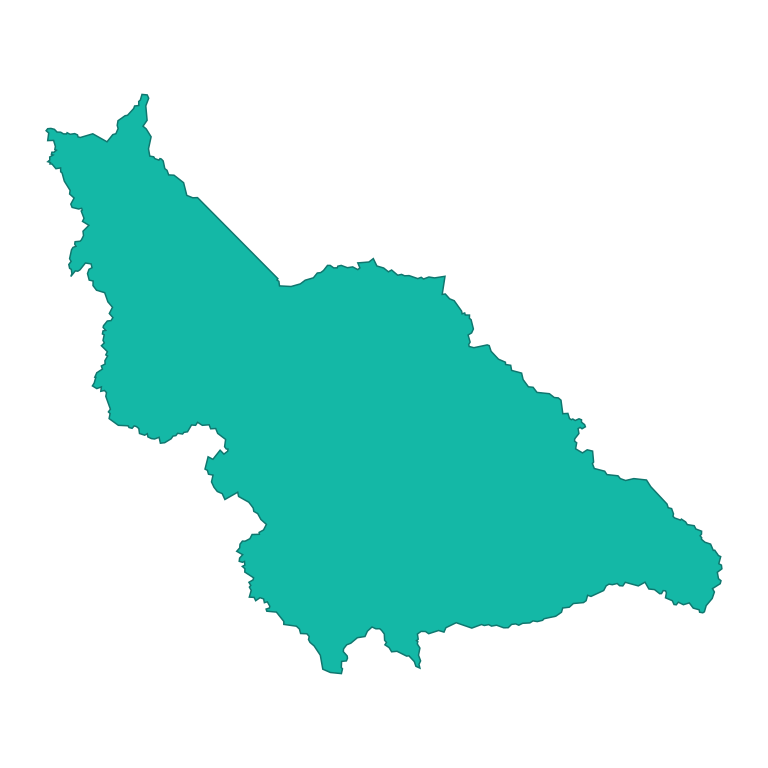 Santa Rosa De Osos, Antioquia, Colombia
{"feature_id": "7082276B84745263365816", "entity_name": "Santa Rosa De Osos", "entity_type": "district", "adm_level": 2, "iso_a3": "COL", "parent_name": "Colombia", "parent_adm1": "Antioquia", "projection": "mercator", "projection_center": [-75.464, 6.704], "detail": "fine", "context": "isolated", "style": "filled", "palette": "teal", "viewbox_px": 768, "rotation_deg": 0, "n_neighbors": 0, "source": "geoboundaries", "source_scale": "gbopen_adm2", "svg_char_len": 6046}
<svg xmlns="http://www.w3.org/2000/svg" viewBox="0 0 768 768"><path d="M147.2,94.9L142.0,94.4L140.3,100.1L138.7,101.5L138.8,105.5L134.6,106.0L133.7,108.5L127.5,115.3L125.1,115.7L118.0,120.7L117.2,125.4L118.1,128.5L115.9,133.7L112.8,134.6L107.0,141.8L92.8,133.8L80.3,137.5L78.0,136.9L77.5,134.9L74.7,133.6L70.1,134.3L67.1,132.7L66.5,133.9L63.5,133.9L60.7,132.2L57.1,132.1L54.4,129.3L50.9,128.4L47.7,128.7L46.1,130.7L48.7,133.0L47.7,140.6L53.6,140.4L55.4,146.5L54.8,149.6L56.4,150.2L54.1,152.2L51.9,152.2L51.4,154.4L53.1,155.0L49.7,157.0L49.8,160.0L47.8,161.7L50.5,162.5L49.9,163.9L52.1,164.1L55.9,168.7L60.6,167.9L60.7,171.8L62.1,173.0L64.3,181.1L70.1,190.4L69.6,194.0L74.1,198.0L70.8,204.1L72.1,207.4L78.6,209.0L81.6,208.3L82.3,210.1L81.2,211.0L84.0,218.3L82.5,221.4L88.9,225.3L83.0,231.2L83.5,235.7L81.4,239.9L80.1,241.2L75.1,241.7L74.7,244.1L76.0,246.3L73.0,247.4L71.5,249.8L69.6,258.7L71.1,261.4L68.8,264.5L69.6,268.3L71.3,269.4L71.9,273.7L70.8,276.5L75.3,270.9L77.8,271.2L80.0,269.8L85.4,263.0L91.1,263.9L92.0,267.7L89.0,269.3L87.5,273.6L89.2,280.1L93.1,281.0L93.0,285.6L96.5,290.2L104.7,292.7L107.9,301.9L112.5,307.3L109.3,313.5L112.9,317.6L111.0,320.6L107.3,321.0L103.5,325.7L103.1,327.4L105.7,330.4L103.0,330.9L102.4,333.9L104.2,334.9L103.0,340.4L104.3,342.9L101.4,345.7L107.4,351.7L105.8,354.9L107.6,356.0L104.9,360.7L105.1,364.0L101.3,366.0L102.4,369.1L96.8,372.7L94.8,377.2L95.8,377.3L94.2,383.0L92.4,385.9L96.8,388.6L101.4,386.9L100.8,391.3L104.5,390.5L106.5,392.6L105.8,396.4L110.4,409.2L108.4,411.9L110.1,413.5L109.1,418.6L118.3,425.3L128.1,425.8L129.0,427.5L132.1,428.3L134.2,425.9L136.5,426.6L138.8,428.5L139.5,433.5L144.7,435.2L147.3,433.7L147.9,436.9L151.4,438.6L154.6,439.0L159.1,437.3L160.4,443.2L164.7,442.7L171.1,438.8L173.0,436.1L175.9,435.6L177.6,433.3L182.6,434.0L183.9,432.4L187.5,431.8L191.5,425.0L195.6,425.3L197.6,422.3L202.3,425.3L209.1,424.8L210.7,428.8L215.7,428.5L217.7,433.4L225.6,439.4L224.6,446.7L226.3,449.0L228.0,449.1L227.7,451.2L223.9,454.1L220.1,450.2L212.9,459.3L208.1,456.8L205.0,469.1L207.4,470.3L208.5,474.2L213.0,475.1L211.5,481.9L214.0,487.3L217.3,491.5L222.2,493.6L224.9,499.5L237.7,492.2L238.6,496.5L248.8,502.2L253.2,508.0L253.8,511.4L257.7,513.6L260.9,519.5L266.4,524.4L263.5,530.0L259.1,532.4L259.4,534.3L252.1,534.5L249.9,538.7L245.1,541.2L242.4,541.1L240.0,544.2L239.7,547.9L236.7,551.3L242.7,554.7L239.6,558.1L239.2,561.3L242.5,562.3L244.5,561.4L244.8,565.1L242.3,566.4L244.9,568.7L244.8,572.1L253.6,577.8L253.0,579.9L248.9,582.3L250.8,585.4L249.4,587.1L251.2,590.4L249.3,597.1L254.1,597.4L255.7,600.7L260.0,597.7L263.6,598.9L264.4,602.7L267.3,601.8L269.8,606.2L269.4,608.0L266.1,609.1L266.8,611.2L276.4,612.1L283.8,621.4L283.8,624.4L296.4,626.2L299.4,629.0L300.6,633.5L306.9,633.8L309.2,636.5L308.5,639.5L310.0,642.4L314.1,645.9L320.3,655.2L322.8,669.2L330.4,672.5L341.4,673.6L342.5,668.8L341.3,667.5L341.6,661.4L346.4,660.9L347.5,658.2L347.2,656.0L343.3,651.6L343.6,648.8L346.7,644.8L350.8,643.2L357.4,637.7L365.0,636.5L367.4,631.2L372.0,627.0L375.9,628.8L379.7,628.7L381.6,630.4L384.3,634.0L384.6,640.3L386.5,642.4L384.9,644.8L389.1,647.6L391.6,651.8L397.0,651.3L406.6,656.1L408.9,655.8L414.3,661.6L415.9,666.3L419.9,668.1L419.0,664.3L420.6,660.9L418.5,655.2L419.9,648.1L417.3,643.9L417.8,641.5L416.5,640.7L418.2,639.2L417.4,634.0L421.1,631.4L425.5,631.5L428.7,633.7L438.6,630.5L444.0,632.1L445.9,627.7L456.2,622.7L471.8,628.1L481.5,624.5L484.3,625.5L488.7,624.6L491.5,626.1L496.6,625.2L503.7,627.8L508.2,627.7L511.6,624.4L515.7,623.9L518.8,625.2L522.6,623.3L529.9,622.9L533.0,620.9L537.3,621.6L542.6,620.3L544.1,618.7L555.8,616.2L561.5,612.2L562.7,608.0L569.3,607.2L573.4,603.5L583.5,602.6L586.1,600.7L587.6,595.3L591.0,596.4L603.7,590.5L606.2,585.8L609.0,584.1L612.3,584.7L617.2,583.5L619.6,585.7L622.8,585.9L625.3,582.3L638.3,585.9L645.0,582.2L648.9,589.0L654.5,589.6L659.7,593.7L661.5,593.6L663.2,590.6L665.5,590.8L666.4,592.8L665.5,597.8L672.3,600.7L674.0,604.5L676.3,604.8L678.3,602.2L683.4,604.7L689.3,602.9L693.2,608.1L699.2,609.8L699.6,612.2L702.8,612.8L704.4,611.8L706.2,605.6L712.2,598.5L714.4,592.0L712.5,588.6L720.2,583.7L721.0,580.7L718.5,578.7L717.3,572.3L721.9,568.8L721.4,565.1L718.8,563.7L720.7,556.6L718.5,555.6L714.7,550.2L713.3,550.4L710.6,544.1L704.9,542.2L701.4,539.2L701.7,537.7L700.1,535.8L701.5,534.1L701.6,531.2L695.9,529.0L694.2,525.7L687.3,524.6L685.6,521.9L681.4,519.1L680.5,520.1L674.5,517.9L673.0,516.3L673.5,513.9L671.6,508.6L668.2,507.7L667.0,504.0L650.7,486.6L646.5,480.0L633.8,478.6L625.6,480.5L620.3,478.6L618.0,475.8L606.9,474.6L604.7,471.2L594.3,468.5L592.4,463.6L593.6,462.1L592.6,451.1L587.2,449.8L582.5,452.9L575.6,448.8L576.7,442.8L574.6,441.2L574.7,438.9L578.9,433.5L578.1,428.6L580.1,427.4L582.0,428.8L585.4,426.8L584.6,424.6L581.5,422.2L581.5,419.8L579.0,418.8L575.2,420.5L572.8,419.0L571.3,419.7L569.5,418.5L567.9,413.4L562.8,413.7L561.0,400.2L558.3,397.9L554.2,397.5L549.4,393.7L537.0,392.4L533.1,387.3L528.4,386.8L523.1,379.6L521.6,373.1L511.6,370.4L510.7,365.3L505.6,364.5L505.4,362.2L498.5,359.2L491.1,351.3L489.2,345.6L487.2,344.9L473.9,347.7L469.2,346.5L468.7,344.6L470.1,342.1L468.1,335.0L471.6,332.9L473.4,329.0L471.1,319.7L469.4,318.3L469.5,315.1L465.3,315.0L464.7,313.0L462.1,313.8L461.6,311.1L454.2,300.7L449.6,298.8L445.3,294.0L442.2,294.4L445.0,276.3L434.6,277.9L428.9,277.0L423.5,279.0L421.2,277.3L417.8,278.6L409.1,275.6L404.6,275.8L401.6,274.4L397.7,275.2L391.6,270.0L388.4,271.8L383.7,268.0L376.9,266.0L373.3,258.6L368.9,262.0L357.8,262.9L359.9,267.9L357.8,269.6L352.7,266.9L347.4,267.7L341.2,265.4L337.8,266.2L337.3,267.8L333.7,267.9L330.2,265.4L327.5,265.4L323.5,270.5L320.7,272.6L317.3,273.0L313.4,277.8L305.2,280.2L300.3,283.9L291.1,286.5L279.5,285.9L278.9,281.4L277.0,280.0L277.9,278.7L197.5,197.6L192.8,197.8L186.8,195.4L183.6,182.7L174.0,175.2L168.7,174.9L167.0,170.3L164.8,168.6L163.2,161.0L161.3,159.0L160.0,158.6L158.9,160.1L154.8,158.6L153.7,156.8L149.8,156.1L148.5,148.8L151.1,136.8L146.2,128.9L143.0,126.2L147.1,120.3L145.8,105.9L148.7,98.2L147.2,94.9Z" fill="#14b8a6" stroke="#0f766e" stroke-width="1.5"/></svg>